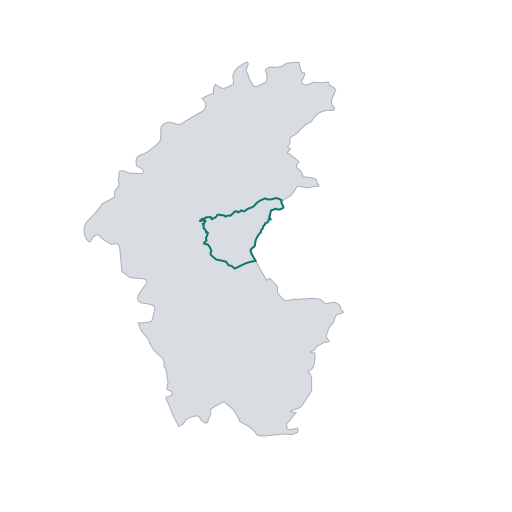 where Faranah sits in Guinea, rotated 241°
{"feature_id": "GIN-5636", "entity_name": "Faranah", "entity_type": "Prefecture", "adm_level": 1, "iso_a3": "GIN", "parent_name": "Guinea", "parent_adm1": "", "projection": "natural_earth1", "projection_center": [-10.509, 9.855], "detail": "fine", "context": "in_parent", "style": "outline", "palette": "teal", "viewbox_px": 512, "rotation_deg": 241, "n_neighbors": 0, "source": "natural_earth", "source_scale": "10m", "svg_char_len": 6813}
<svg xmlns="http://www.w3.org/2000/svg" viewBox="0 0 512 512"><g transform="rotate(241 256 256)"><path d="M307.1,336.4L303.4,335.8L301.8,336.6L297.0,343.2L294.1,345.7L289.6,344.9L287.9,345.4L286.7,344.6L288.4,341.0L290.7,333.9L296.6,326.8L296.8,325.3L294.3,321.1L291.8,315.3L291.8,309.2L291.3,304.8L286.1,303.6L285.1,302.8L285.0,301.3L287.9,293.7L288.1,292.1L287.8,290.8L284.6,286.9L279.5,279.6L270.9,264.8L267.7,261.7L264.6,257.1L263.4,254.2L260.2,253.2L230.0,253.4L229.5,257.3L219.1,259.9L212.7,256.9L205.6,258.6L202.1,260.6L199.4,269.3L197.9,271.1L196.4,275.0L195.0,277.1L193.4,281.4L190.0,287.5L186.5,291.4L180.4,293.6L178.5,300.0L177.1,302.4L174.8,304.2L172.3,305.4L167.4,304.2L164.6,305.4L164.1,303.7L165.7,298.7L164.5,296.0L159.7,290.8L159.3,288.2L157.8,284.9L151.6,278.2L145.8,278.6L147.4,272.9L147.4,265.3L145.4,261.2L145.9,257.0L144.8,257.3L142.9,260.2L139.7,259.2L133.4,254.7L130.2,250.4L129.8,246.7L129.1,245.2L127.2,246.0L123.2,245.9L111.1,239.4L102.5,222.8L102.3,219.0L103.6,212.6L103.3,210.8L99.3,215.1L98.6,212.2L95.6,205.6L94.7,201.7L91.8,200.0L89.5,199.7L87.7,201.0L85.3,208.8L83.5,208.7L81.7,207.1L82.1,201.3L86.8,194.0L94.7,175.6L97.5,171.4L99.2,170.0L102.9,169.8L110.1,167.3L119.0,161.6L125.7,162.1L133.7,161.4L144.2,157.4L144.3,145.1L144.0,142.4L140.3,139.9L138.1,137.8L136.3,135.0L134.0,133.1L134.1,131.0L138.7,128.4L143.0,128.4L144.4,127.4L145.4,125.7L146.6,121.2L147.1,116.5L144.3,110.2L144.5,105.8L159.7,106.4L168.1,107.7L175.0,108.0L176.1,109.0L175.1,113.4L176.0,115.9L178.3,116.6L182.1,113.6L184.1,114.3L188.4,118.0L192.4,119.0L196.7,121.1L200.8,122.2L204.4,122.1L207.2,124.2L212.3,124.8L218.8,122.2L224.0,121.0L231.3,120.7L235.1,121.6L246.1,119.4L254.8,120.6L253.5,122.1L249.5,132.0L250.0,133.7L258.8,142.0L260.9,142.7L263.3,141.5L267.1,137.7L270.1,133.5L273.0,131.5L276.3,131.6L279.0,134.5L285.3,146.9L286.9,148.5L288.4,148.4L291.2,146.1L292.6,143.4L298.4,135.3L307.4,131.2L328.9,140.6L332.0,141.3L333.9,140.6L336.5,135.0L344.6,130.3L348.5,129.0L350.7,128.8L351.5,127.3L351.9,125.1L351.5,122.7L349.0,118.5L348.9,117.3L350.3,116.5L353.4,115.9L357.4,116.3L361.9,118.1L365.5,120.7L367.6,123.8L371.7,136.9L376.2,147.2L376.0,160.9L378.0,162.3L380.2,162.9L381.3,164.0L383.5,169.6L385.5,171.3L388.0,171.6L392.6,175.3L395.6,176.7L396.1,177.8L396.0,179.3L394.8,181.2L390.3,185.0L388.1,188.2L383.6,196.0L383.4,197.4L384.4,198.5L386.3,198.7L388.3,198.2L392.5,195.3L395.8,196.3L399.0,198.5L400.2,200.7L400.5,203.7L399.7,207.5L399.6,211.8L400.7,219.0L402.4,226.3L404.0,228.9L414.7,235.3L415.7,237.7L416.2,240.4L415.5,244.1L414.4,246.1L408.6,251.8L407.7,254.5L408.2,259.5L408.6,280.8L410.9,284.4L413.6,286.2L420.0,285.2L419.8,291.1L419.0,297.7L422.7,299.7L424.6,301.7L425.7,303.6L419.8,307.1L418.1,309.2L417.3,314.7L417.5,319.8L425.4,323.4L428.5,327.7L429.8,332.1L430.3,340.5L429.6,342.4L427.6,342.4L423.6,337.4L417.4,336.8L412.9,335.8L405.3,336.5L404.0,338.0L403.1,349.1L404.9,351.0L408.6,353.1L410.9,354.0L412.9,353.7L414.4,355.1L414.8,358.8L413.7,361.5L411.7,363.9L409.2,370.4L409.8,376.3L405.5,385.6L404.3,387.5L398.6,385.6L394.9,385.0L392.2,387.4L388.5,383.7L387.8,380.9L386.5,380.3L384.0,380.2L381.7,381.9L380.7,384.8L380.2,390.8L376.1,396.5L373.1,403.6L369.7,403.0L369.0,403.9L365.4,405.7L362.3,406.2L361.5,404.3L359.7,402.8L357.7,399.8L355.4,397.3L351.1,395.6L349.3,396.4L347.3,396.2L345.9,395.2L346.1,393.8L348.4,390.0L349.7,386.6L350.4,382.9L350.4,379.4L349.2,374.4L347.2,370.4L346.7,368.1L346.9,364.9L346.5,361.8L345.9,360.2L344.9,354.4L343.8,353.4L343.1,348.8L343.3,344.0L341.6,342.3L338.9,340.9L337.4,339.1L336.4,337.0L335.4,336.4L334.6,336.6L333.9,337.8L333.0,338.1L331.4,333.7L330.8,333.5L329.7,334.5L317.4,339.4L315.8,335.3L313.5,334.5L309.4,336.2L307.1,336.4Z" fill="#d9dde1" stroke="#a8b0b8" stroke-width="1"/><path d="M282.5,286.7L281.7,286.7L281.1,286.5L281.5,286.0L282.1,285.6L282.0,285.3L281.2,284.7L280.5,283.8L280.0,283.0L279.8,282.0L280.1,280.7L280.1,279.9L279.7,279.5L279.3,279.3L278.9,278.7L278.7,277.2L278.5,276.8L278.1,276.2L276.8,275.3L276.5,274.7L276.2,273.3L276.0,272.9L275.7,272.6L274.9,272.2L274.6,272.1L274.3,271.5L273.8,269.7L272.7,267.2L271.0,264.7L269.1,262.6L265.6,260.0L265.2,259.4L264.6,255.8L264.2,254.5L263.7,254.0L263.0,253.9L261.4,253.4L260.2,253.2L251.9,253.3L253.2,249.6L254.6,243.8L255.3,231.3L258.9,229.9L261.4,227.5L265.6,227.0L268.1,224.3L272.2,219.5L275.6,218.2L278.8,216.9L280.5,217.5L282.2,219.5L286.0,219.9L289.6,219.4L291.0,217.4L292.2,216.6L292.8,217.4L293.1,217.9L293.2,218.3L293.2,218.7L293.2,219.3L293.2,219.6L293.4,220.0L293.5,220.2L293.7,220.3L294.0,220.4L295.0,220.5L295.4,220.6L295.7,220.8L296.0,221.1L298.2,223.8L298.7,224.2L298.9,224.3L299.5,225.2L299.9,225.0L300.4,225.0L300.7,224.7L301.0,224.4L301.1,223.9L301.6,224.1L302.9,224.3L303.8,224.3L304.2,224.2L306.0,223.7L306.4,223.9L306.7,224.3L307.2,224.7L307.9,224.9L309.2,224.8L309.8,225.0L309.3,225.6L309.3,226.1L310.3,227.1L310.5,227.5L310.9,228.6L311.0,228.8L311.4,228.7L311.5,228.3L311.5,227.9L311.6,227.7L312.0,227.5L313.1,226.5L313.4,226.2L313.5,225.2L313.5,224.3L313.9,224.0L314.1,224.2L314.3,225.7L314.3,225.9L314.4,226.2L314.6,226.4L314.6,226.7L314.6,227.1L314.2,227.8L313.9,228.1L313.7,228.5L313.6,228.8L313.6,229.4L313.7,229.8L313.9,230.0L314.0,230.2L314.1,230.5L313.9,231.1L312.4,234.6L312.1,235.2L311.7,235.3L311.4,235.3L310.8,235.3L309.8,235.0L309.6,235.2L309.5,235.4L309.6,236.0L309.6,236.3L309.7,236.8L309.4,238.5L309.4,239.0L309.5,239.4L309.6,239.7L309.8,240.6L310.1,241.1L310.2,241.3L310.5,241.8L310.6,242.0L310.6,242.4L310.5,242.9L310.0,243.8L309.8,244.2L309.5,244.5L309.0,244.7L308.9,245.0L307.8,246.8L307.3,247.2L307.1,247.4L307.0,247.6L306.8,247.8L306.7,248.0L306.3,248.3L306.0,248.3L305.6,248.3L305.3,248.3L305.1,248.6L305.1,249.0L305.1,250.2L305.0,250.7L304.9,251.1L304.7,251.7L304.4,252.0L304.1,252.5L303.8,252.8L303.7,253.1L303.7,253.3L303.7,253.6L303.8,254.2L304.2,255.4L304.3,255.7L304.4,256.7L304.5,257.0L304.7,257.5L304.9,258.0L305.2,258.5L305.2,258.8L305.2,259.2L305.1,259.6L304.4,260.8L304.2,261.0L303.4,261.1L303.1,261.2L302.9,261.5L302.8,262.1L302.7,263.8L302.8,264.3L302.9,264.6L303.0,264.8L303.1,265.0L302.9,265.4L302.4,265.7L302.2,265.9L301.8,266.4L301.3,266.7L301.1,266.9L301.0,267.1L300.9,267.3L300.8,267.7L300.8,268.3L301.2,270.9L301.2,271.7L301.1,273.1L300.7,274.4L300.5,277.6L301.2,280.1L302.1,282.4L302.5,286.8L301.9,292.0L299.9,293.6L298.7,295.6L297.8,297.9L297.4,300.0L296.9,301.7L296.7,302.0L296.0,302.7L293.4,304.8L292.4,305.4L292.3,305.1L291.8,304.6L290.7,304.2L288.8,304.0L286.8,304.0L285.1,303.4L284.8,301.5L285.3,299.1L286.2,297.4L286.6,297.0L287.1,296.7L287.7,296.3L288.0,295.7L288.1,295.2L287.9,294.3L287.9,293.8L288.1,293.1L288.4,292.5L288.6,291.9L288.5,291.2L286.5,289.2L286.0,288.9L285.4,288.4L284.8,287.8L284.2,286.9L283.8,286.7L283.3,286.8L282.8,286.7L282.5,286.7Z" fill="none" stroke="#0f766e" stroke-width="2"/></g></svg>